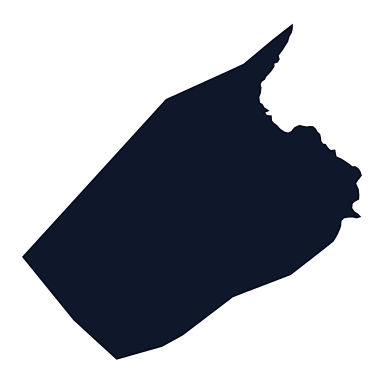 Barra de Santa Rosa, Paraíba, Brazil
{"feature_id": "56859067B56104642603806", "entity_name": "Barra de Santa Rosa", "entity_type": "district", "adm_level": 2, "iso_a3": "BRA", "parent_name": "Brazil", "parent_adm1": "Paraíba", "projection": "orthographic", "projection_center": [-35.977, -6.767], "detail": "fine", "context": "isolated", "style": "filled", "palette": "ink", "viewbox_px": 384, "rotation_deg": 0, "n_neighbors": 0, "source": "geoboundaries", "source_scale": "gbopen_adm2", "svg_char_len": 1374}
<svg xmlns="http://www.w3.org/2000/svg" viewBox="0 0 384 384"><path d="M359.9,216.6L357.6,214.3L354.1,212.0L351.4,208.2L352.0,203.3L354.2,201.2L358.4,199.0L358.6,194.7L358.0,189.4L355.3,183.3L357.6,179.7L359.4,177.7L361.0,175.3L359.8,171.5L358.0,168.9L355.1,166.9L352.1,167.1L349.4,164.8L346.3,162.6L341.0,159.2L335.8,156.9L335.3,154.2L334.6,150.3L330.7,151.0L327.6,148.2L325.3,144.7L322.6,144.3L320.6,141.2L320.3,137.8L319.5,134.5L316.9,132.0L315.3,129.2L313.0,127.0L310.1,126.7L307.0,127.2L303.6,126.7L299.5,125.7L294.9,127.8L291.7,131.7L288.4,133.3L284.3,132.4L279.7,129.2L276.5,125.6L273.5,123.4L271.3,120.8L271.0,116.1L266.6,115.8L264.0,112.3L268.0,110.7L263.8,107.8L261.9,104.4L259.4,103.2L259.0,100.4L258.6,97.0L260.2,92.8L260.7,87.8L259.9,84.2L261.3,81.3L264.4,79.1L265.5,76.5L268.0,74.0L271.2,70.3L273.8,66.3L273.6,63.0L277.3,61.9L278.9,59.1L277.8,55.6L280.4,52.1L282.2,49.8L284.3,46.3L287.4,41.5L288.9,36.2L291.2,32.3L292.1,28.5L292.1,25.1L272.5,40.5L243.9,64.4L223.5,73.8L166.3,99.7L124.5,145.6L111.2,160.2L23.0,256.9L52.3,293.0L73.9,319.6L91.9,336.2L116.7,358.9L131.1,354.8L162.0,346.0L182.5,334.7L199.6,321.7L232.5,296.6L243.0,292.5L290.5,274.3L322.4,249.5L333.1,240.9L335.3,237.3L337.4,233.5L339.8,227.9L340.5,225.0L340.8,220.5L343.7,217.7L347.0,217.0L349.6,216.8L353.1,216.8L356.7,217.6L359.9,216.6Z" fill="#0f172a" stroke="#020617" stroke-width="1.5"/></svg>